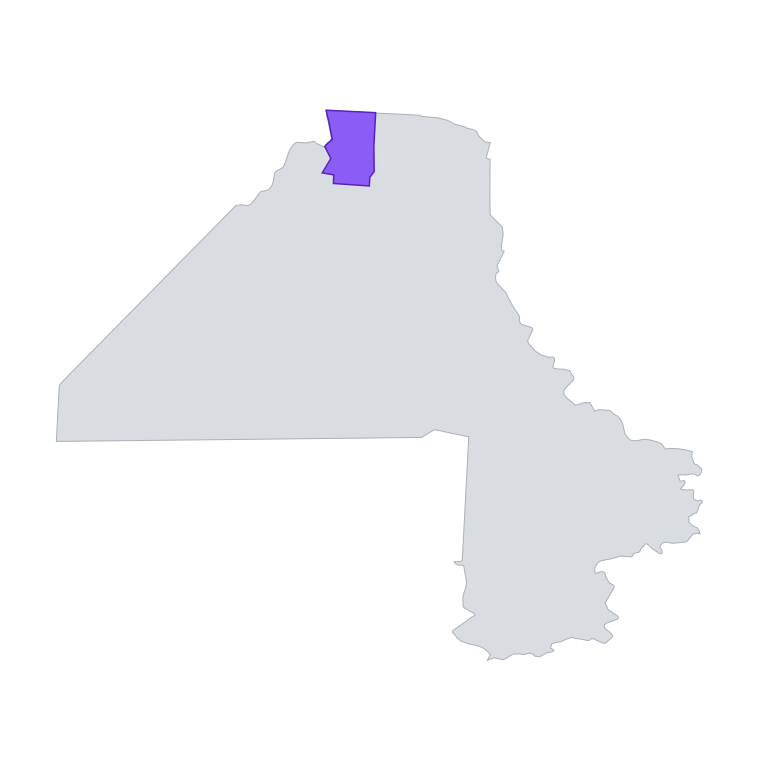 Tin-Essako, Kidal, Mali shown in context, rotated 273°
{"feature_id": "8926073B78830545080626", "entity_name": "Tin-Essako", "entity_type": "district", "adm_level": 2, "iso_a3": "MLI", "parent_name": "Mali", "parent_adm1": "Kidal", "projection": "equal_earth", "projection_center": [3.476, 18.561], "detail": "fine", "context": "in_parent", "style": "filled", "palette": "violet", "viewbox_px": 768, "rotation_deg": 273, "n_neighbors": 0, "source": "geoboundaries", "source_scale": "gbopen_adm2", "svg_char_len": 4886}
<svg xmlns="http://www.w3.org/2000/svg" viewBox="0 0 768 768"><g transform="rotate(273 384 384)"><path d="M140.3,607.8L140.6,604.5L138.5,602.2L138.5,601.1L139.8,591.4L139.8,588.9L140.8,584.1L139.4,581.9L139.1,580.2L135.8,574.0L134.8,568.7L133.2,565.1L129.1,564.0L127.6,567.0L126.6,567.5L125.2,565.4L124.6,563.5L124.7,561.8L119.6,553.5L120.1,549.0L122.1,546.7L123.0,542.8L121.1,538.4L121.5,534.1L121.4,528.2L118.4,523.0L116.5,520.7L114.8,517.1L116.4,508.7L113.5,501.6L119.2,504.4L122.0,501.8L124.7,498.2L127.0,493.4L128.2,487.5L128.8,482.4L131.2,474.5L134.1,470.7L139.9,465.2L141.4,465.7L150.5,477.4L155.6,483.4L157.5,486.6L159.2,486.6L162.0,480.8L164.8,475.8L166.0,474.6L175.3,473.9L180.2,474.9L184.5,476.3L190.7,476.8L206.9,473.0L207.2,470.7L207.0,467.9L207.7,465.8L209.1,463.8L210.3,463.4L210.6,470.1L212.0,471.1L215.8,471.4L335.6,471.4L341.1,436.8L332.6,424.3L309.5,59.8L365.8,59.8L375.4,67.9L554.5,226.8L555.4,232.0L555.1,239.1L556.5,241.3L559.1,243.6L569.4,250.5L570.2,251.8L570.6,254.7L571.8,258.2L574.0,260.2L576.5,261.7L579.6,262.7L589.0,263.8L591.0,265.4L595.0,271.8L597.2,273.0L609.9,276.5L614.0,278.2L618.4,281.1L620.8,283.7L620.7,293.7L622.5,300.2L622.4,301.8L620.4,304.5L619.9,306.4L617.6,311.5L618.0,313.5L622.5,317.5L624.6,318.5L627.2,318.5L653.9,311.8L654.3,405.5L653.3,407.0L652.6,423.7L650.7,433.5L647.2,440.8L645.0,451.6L643.7,453.8L642.7,460.0L640.7,463.6L637.2,465.0L631.0,472.0L630.5,477.5L616.0,474.4L615.0,474.5L614.4,475.2L614.1,478.2L576.7,479.9L558.4,481.2L546.8,494.0L539.3,495.2L530.0,494.1L525.1,494.1L523.3,494.8L522.9,497.1L508.1,490.6L502.5,492.7L501.6,492.0L500.9,490.6L498.2,489.8L494.0,490.1L490.9,491.1L481.4,501.2L476.3,503.7L466.7,509.7L460.1,514.9L457.7,515.9L454.0,516.1L451.0,517.2L448.1,528.7L446.3,529.9L435.0,525.2L432.7,525.9L430.8,527.3L424.4,534.0L421.2,539.5L419.4,546.7L419.7,551.4L418.6,552.8L415.7,553.2L410.5,551.7L408.8,552.4L408.1,556.0L408.1,563.8L406.9,569.1L403.7,570.7L401.3,572.8L399.4,573.4L397.8,572.9L388.8,565.0L385.7,563.7L382.3,564.6L379.0,567.9L373.1,576.2L373.6,579.2L375.2,582.6L376.3,586.8L376.2,590.6L367.8,596.0L369.7,600.0L369.4,610.8L365.5,615.7L364.1,618.9L360.4,622.4L357.1,624.3L346.9,627.2L342.8,630.6L340.8,633.4L340.4,636.4L340.7,639.8L342.6,646.9L341.9,653.5L340.2,661.0L338.6,664.3L333.8,668.3L334.5,673.2L334.8,680.3L333.9,689.5L332.4,695.6L331.3,695.0L326.8,695.3L321.8,697.3L320.1,698.8L319.7,700.9L315.4,705.9L312.7,705.6L310.1,704.3L308.7,702.9L308.6,702.2L310.3,698.1L310.4,696.8L308.8,689.8L309.1,688.0L308.6,682.7L308.2,682.4L302.7,684.7L302.5,685.7L303.3,689.1L302.7,689.7L300.8,689.6L298.1,688.5L295.2,685.4L294.5,686.4L294.1,688.9L293.9,691.8L294.6,697.1L293.7,699.0L289.1,698.7L285.3,699.4L284.3,701.3L283.8,703.4L284.7,705.7L284.6,706.7L282.9,708.2L282.2,708.1L280.1,705.5L271.6,703.0L270.9,699.5L269.9,699.4L267.2,695.0L266.1,695.2L265.1,695.8L261.8,695.6L258.9,699.4L256.7,704.1L254.3,706.3L250.8,707.4L251.4,704.4L250.3,700.3L243.0,695.1L241.9,693.0L240.1,681.3L240.3,677.8L240.8,674.7L240.6,672.4L239.8,670.5L237.7,668.8L235.3,668.0L232.4,670.3L231.0,670.7L229.7,670.6L229.0,669.7L229.1,668.5L232.4,662.3L234.0,659.7L237.1,656.6L238.0,655.1L238.1,653.9L237.8,653.0L235.7,651.8L232.5,648.9L230.8,648.6L229.4,647.3L227.9,642.7L227.2,641.8L225.7,641.4L224.3,640.3L224.6,629.2L221.6,621.0L219.0,610.4L217.6,607.9L215.0,605.8L211.9,604.4L209.2,604.0L206.0,605.2L206.0,606.2L207.7,609.5L208.0,611.4L207.7,613.2L207.1,614.4L202.8,615.6L197.1,619.4L195.2,623.9L193.9,624.4L191.7,623.9L176.9,616.3L170.5,619.6L166.3,626.2L165.3,628.4L163.3,630.2L162.3,630.3L161.2,629.0L157.0,619.0L155.2,616.7L152.8,616.6L150.8,618.2L148.6,621.6L145.9,624.7L144.2,625.6L142.8,625.1L136.7,618.4L136.4,617.0L139.4,609.0L140.3,607.8Z" fill="#d9dde1" stroke="#a8b0b8" stroke-width="1"/><path d="M654.5,361.4L654.5,359.9L654.5,358.4L654.5,355.1L654.5,352.0L654.5,348.9L654.5,345.6L654.5,342.6L654.4,339.3L654.5,336.2L654.4,333.0L654.5,330.0L654.5,327.6L654.5,326.9L654.4,323.3L654.4,320.6L654.4,317.5L654.4,316.4L654.4,314.1L654.4,313.6L654.4,311.9L654.1,312.0L651.0,312.8L647.1,313.8L646.6,314.0L645.9,314.4L641.7,315.5L637.9,316.5L636.2,316.9L633.2,317.6L631.1,318.1L629.8,318.5L627.8,319.0L626.2,319.4L625.7,319.6L625.6,319.4L625.3,319.1L625.3,318.8L625.0,318.5L624.9,318.3L624.6,318.2L624.2,318.2L623.8,318.1L623.7,318.1L623.7,317.8L623.7,317.7L623.5,317.4L623.3,317.1L623.2,316.9L623.1,316.7L622.9,316.6L622.6,316.4L622.4,316.2L622.1,315.9L622.0,315.6L621.9,315.4L621.6,315.4L621.3,315.2L621.1,315.0L621.0,314.9L620.9,314.8L620.9,314.7L620.6,314.5L620.5,314.4L620.3,314.2L620.2,314.1L619.9,313.8L619.8,313.6L619.7,313.5L619.6,313.4L619.5,313.2L619.4,313.2L619.2,313.2L618.8,313.0L618.7,312.9L618.4,312.8L618.2,312.7L618.1,312.4L606.4,319.1L591.6,311.3L590.2,322.9L581.6,323.0L581.0,359.0L589.7,359.0L595.7,363.1L621.2,361.4L654.4,361.5L654.5,361.4Z" fill="#8b5cf6" stroke="#5b21b6" stroke-width="1.5"/></g></svg>